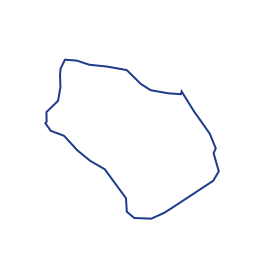 the district of Surahammar, Västmanland, Sweden, rotated 325°
{"feature_id": "70781695B32854023437758", "entity_name": "Surahammar", "entity_type": "district", "adm_level": 2, "iso_a3": "SWE", "parent_name": "Sweden", "parent_adm1": "Västmanland", "projection": "albers", "projection_center": [16.134, 59.804], "detail": "fine", "context": "isolated", "style": "outline", "palette": "blue", "viewbox_px": 256, "rotation_deg": 325, "n_neighbors": 0, "source": "geoboundaries", "source_scale": "gbopen_adm2", "svg_char_len": 591}
<svg xmlns="http://www.w3.org/2000/svg" viewBox="0 0 256 256"><g transform="rotate(325 128 128)"><path d="M63.1,76.6L63.1,86.0L71.1,97.6L73.7,117.2L78.2,133.3L85.3,148.5L86.1,184.3L79.0,195.9L81.5,205.3L95.0,215.6L109.4,218.3L119.4,218.7L136.2,219.2L167.6,220.1L177.5,215.6L181.1,205.1L183.7,197.7L188.2,195.0L191.7,179.7L191.7,168.1L191.6,152.0L192.9,128.8L190.7,130.6L180.8,122.6L168.3,110.1L163.8,99.4L160.2,79.8L146.0,65.6L132.6,54.0L124.6,43.3L115.5,35.9L106.8,40.7L102.4,46.0L96.1,55.8L86.3,65.6L70.3,68.2L64.9,76.2L63.1,76.6Z" fill="none" stroke="#1e3a8a" stroke-width="2"/></g></svg>